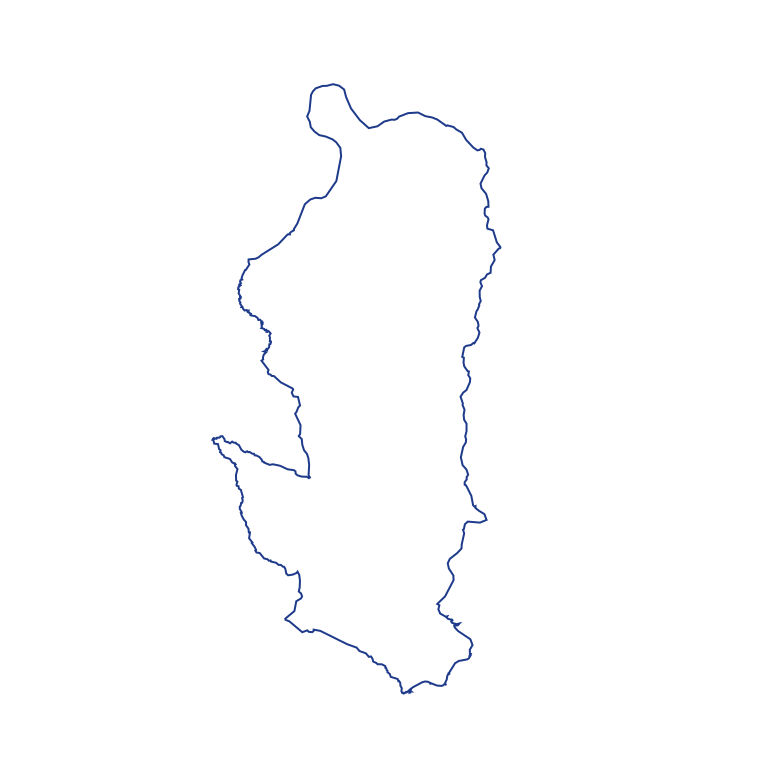 the district of Bole, Northern, Ghana, rotated 217°
{"feature_id": "2480657B39398526932747", "entity_name": "Bole", "entity_type": "district", "adm_level": 2, "iso_a3": "GHA", "parent_name": "Ghana", "parent_adm1": "Northern", "projection": "orthographic", "projection_center": [-2.328, 8.691], "detail": "fine", "context": "isolated", "style": "outline", "palette": "blue", "viewbox_px": 768, "rotation_deg": 217, "n_neighbors": 0, "source": "geoboundaries", "source_scale": "gbopen_adm2", "svg_char_len": 6166}
<svg xmlns="http://www.w3.org/2000/svg" viewBox="0 0 768 768"><g transform="rotate(217 384 384)"><path d="M183.5,148.2L182.2,148.6L182.5,149.2L181.4,149.8L181.1,151.3L180.3,151.3L179.5,155.1L178.0,152.7L177.4,153.3L178.0,154.2L177.2,154.8L178.4,154.8L178.6,156.2L179.2,155.9L178.5,159.0L174.1,168.6L172.1,171.2L169.4,172.8L167.4,173.0L166.0,172.0L166.8,173.2L160.1,175.1L156.3,177.6L155.4,179.0L155.1,181.1L154.5,180.8L153.1,181.3L155.1,181.3L156.1,185.8L157.8,189.0L158.3,191.5L156.7,191.5L158.2,192.3L159.2,203.8L157.6,207.8L151.8,214.2L151.1,216.0L151.5,219.1L152.1,218.7L152.3,220.6L153.0,220.2L155.5,223.3L156.2,228.8L161.4,232.1L176.2,231.3L181.1,232.2L182.5,233.3L179.8,235.7L179.6,238.2L181.6,235.8L186.0,234.2L187.5,234.8L187.0,236.4L187.7,236.8L191.2,235.0L193.6,235.2L193.7,236.5L194.7,235.3L201.0,234.5L205.0,236.8L206.6,240.6L209.1,240.4L207.4,251.1L210.4,269.2L213.3,272.8L221.2,275.7L225.2,279.2L226.2,284.0L223.8,293.0L223.1,299.2L225.5,302.9L230.1,313.0L233.2,315.2L232.9,316.2L235.0,320.7L234.3,324.5L223.9,331.1L220.3,337.2L225.5,340.5L231.8,339.9L236.2,340.0L237.4,341.5L237.8,340.5L239.9,340.8L246.9,347.2L255.9,351.7L258.2,352.5L258.9,352.1L260.5,354.1L260.5,357.5L261.9,359.3L262.2,362.2L266.7,365.3L272.4,366.5L278.5,371.7L282.9,381.3L283.5,386.6L285.1,389.2L287.6,391.0L289.7,396.0L294.2,402.0L298.4,403.6L301.8,407.2L304.2,411.9L308.6,414.5L309.4,416.0L315.2,419.9L315.6,424.7L314.5,428.9L316.5,437.2L318.6,440.5L322.1,441.8L323.7,445.1L325.0,444.6L330.5,446.4L333.2,448.8L336.1,453.1L337.8,452.7L342.0,461.6L341.3,463.9L338.0,467.5L337.3,470.6L336.3,470.8L336.9,477.6L338.7,482.5L343.1,484.9L343.4,487.1L344.6,488.5L346.7,490.2L351.4,491.8L353.9,497.7L354.0,499.9L355.2,504.2L356.1,504.8L356.7,508.5L359.9,511.1L363.8,516.1L364.6,521.1L368.3,523.3L369.1,525.2L367.2,529.7L367.7,533.4L365.8,537.0L369.3,542.2L370.2,549.6L374.5,553.1L373.9,561.0L373.0,562.6L373.4,563.4L379.1,565.0L389.4,572.4L394.9,570.3L397.2,572.6L399.7,578.5L401.4,579.4L404.5,579.4L406.3,580.7L409.0,584.8L408.8,587.1L407.2,588.4L410.8,592.8L416.9,597.3L423.9,599.0L427.5,602.1L429.2,611.1L428.8,615.0L430.1,619.3L433.9,620.3L435.5,622.8L440.0,626.1L442.0,629.2L445.6,631.1L448.3,630.1L448.5,628.5L450.0,626.8L455.0,626.6L465.3,628.4L473.0,631.6L479.4,630.8L483.1,631.1L489.1,628.7L489.5,627.6L500.6,627.3L506.3,625.7L512.1,622.8L520.2,621.3L527.8,614.8L532.9,606.6L533.1,603.8L534.5,601.4L537.1,599.7L541.8,593.7L544.3,585.9L550.1,579.2L562.1,580.2L576.2,584.2L587.0,590.4L593.1,595.2L599.4,595.2L605.1,592.8L609.2,587.6L612.4,585.1L616.4,579.2L616.9,575.1L616.3,571.1L607.9,557.3L606.4,551.4L601.0,548.7L597.0,545.0L591.5,543.8L585.5,543.8L579.4,546.6L572.3,548.4L567.6,548.3L561.0,546.3L555.3,540.1L544.2,517.4L543.4,498.8L545.9,494.6L550.9,491.4L553.9,487.0L555.4,479.9L549.8,460.1L549.2,453.4L548.4,452.6L549.7,449.7L550.0,447.5L549.2,446.9L551.0,445.4L552.5,432.0L559.5,413.7L560.4,409.7L562.0,406.7L567.1,402.0L565.5,399.7L563.4,398.4L563.0,391.8L563.5,391.4L562.5,385.8L561.3,382.5L560.1,382.1L561.1,380.5L560.5,379.0L559.0,378.5L559.3,377.2L558.1,376.7L559.2,375.7L558.1,375.0L558.6,373.7L557.6,371.9L556.4,372.2L554.6,368.9L550.5,367.3L550.2,366.1L550.8,366.1L550.3,365.4L550.9,364.7L549.3,363.1L547.8,362.8L547.3,361.5L544.4,360.6L544.2,359.6L543.3,360.3L541.9,359.3L539.6,358.8L538.1,360.5L536.6,359.7L536.2,361.0L535.1,359.6L532.5,360.0L532.4,358.7L531.5,358.7L527.8,360.6L524.8,360.7L522.8,359.5L521.8,360.7L520.3,360.5L519.3,360.2L519.5,359.4L518.8,360.5L518.2,360.2L519.0,359.1L517.9,358.1L517.0,358.6L516.8,356.8L515.4,355.6L515.5,354.9L512.8,355.9L511.7,355.2L510.6,356.4L509.3,354.9L508.6,355.3L508.8,356.4L507.9,356.8L505.0,356.2L504.7,353.5L503.0,352.5L500.8,349.3L499.8,349.9L499.2,348.9L498.8,347.5L499.5,346.7L497.9,344.3L497.9,342.0L498.6,341.6L497.8,340.7L499.0,340.3L498.7,338.8L499.4,337.8L497.2,338.5L497.7,335.1L496.7,332.4L495.3,330.9L495.9,328.9L484.6,325.7L484.0,323.5L482.2,322.4L480.3,323.2L478.5,322.9L476.7,324.1L467.4,323.2L454.2,325.4L453.3,325.0L452.4,321.5L448.8,319.6L444.9,321.9L438.1,316.3L438.4,313.7L437.1,309.2L437.1,306.8L425.9,300.9L420.9,293.6L420.7,291.1L416.5,290.5L412.7,286.3L407.9,282.9L403.6,281.9L399.9,279.4L394.9,274.1L389.3,265.7L386.9,264.8L387.3,263.6L389.9,263.4L394.2,260.4L398.1,259.0L400.5,259.2L402.2,261.0L404.2,260.9L409.6,257.9L417.9,256.1L424.3,253.1L426.7,250.6L432.5,249.1L433.1,249.5L434.6,248.9L435.9,249.9L439.4,250.7L443.0,250.1L444.3,249.2L445.7,250.0L447.3,249.1L450.6,248.8L451.4,247.8L452.8,247.9L453.7,246.0L455.5,245.5L458.4,245.7L463.2,247.9L465.9,247.4L466.9,247.9L468.9,246.6L470.6,246.6L471.3,243.9L473.8,243.8L474.1,243.2L476.8,242.6L478.1,243.9L481.7,245.1L483.1,243.7L483.0,242.3L485.1,240.5L484.8,239.5L487.0,238.5L486.6,238.0L487.6,237.5L487.4,236.2L486.6,236.6L483.7,234.2L480.4,236.1L476.4,232.7L474.8,232.8L473.9,230.9L472.9,231.2L471.3,230.2L469.2,230.6L467.5,229.5L461.9,231.4L458.0,230.0L456.0,230.3L455.6,230.9L454.1,230.5L454.4,229.8L453.6,228.8L449.8,227.9L447.5,222.3L444.0,217.9L442.4,217.8L441.1,214.6L440.2,214.1L438.6,214.8L437.0,213.1L434.6,213.3L428.5,208.7L428.7,207.5L426.9,206.2L425.8,203.9L426.5,203.0L425.2,200.4L425.4,199.2L423.9,197.4L420.5,196.0L420.0,195.4L420.6,194.8L418.3,193.2L414.5,191.4L411.0,190.7L409.3,188.2L405.2,186.9L402.6,184.1L401.7,184.8L398.9,179.6L393.7,178.2L393.9,177.4L389.1,176.0L386.3,174.5L386.5,173.5L384.4,172.7L381.5,174.2L374.8,172.5L371.7,173.9L369.5,173.6L368.4,174.8L367.4,174.2L362.5,176.3L359.3,176.1L357.6,177.4L354.7,177.3L353.7,177.9L351.3,176.8L348.0,173.8L345.5,173.5L342.2,176.8L340.1,180.5L340.1,182.1L336.9,180.6L332.8,176.4L328.9,170.8L327.2,167.0L324.2,166.8L321.6,165.1L321.2,162.9L323.3,157.7L318.9,148.7L321.6,137.2L320.8,136.4L316.7,137.5L299.9,136.6L297.0,141.1L294.9,140.8L291.9,142.7L291.6,144.6L292.3,145.5L286.3,148.5L256.9,154.0L247.2,157.0L242.9,156.0L236.4,158.0L231.9,157.0L230.4,158.6L228.1,157.8L225.5,155.8L222.3,156.6L220.5,156.3L217.2,158.8L213.2,159.5L212.2,158.2L211.3,158.5L209.9,157.2L208.7,157.2L207.8,155.9L205.0,155.9L202.3,154.2L195.6,156.6L193.7,155.3L193.3,155.9L191.3,155.2L189.2,152.8L186.7,151.8L185.3,149.2L183.5,148.2Z" fill="none" stroke="#1e3a8a" stroke-width="2"/></g></svg>